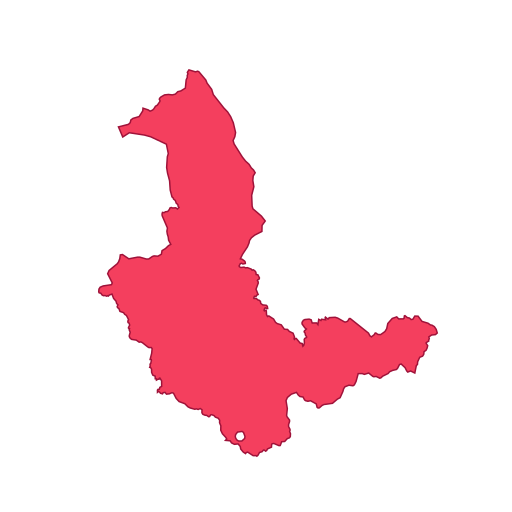 Bambesa, Orientale, Democratic Republic of the Congo (Robinson projection), rotated 168°
{"feature_id": "63176286B69142293994365", "entity_name": "Bambesa", "entity_type": "district", "adm_level": 2, "iso_a3": "COD", "parent_name": "Democratic Republic of the Congo", "parent_adm1": "Orientale", "projection": "robinson", "projection_center": [25.884, 2.972], "detail": "fine", "context": "isolated", "style": "filled", "palette": "rose", "viewbox_px": 512, "rotation_deg": 168, "n_neighbors": 0, "source": "geoboundaries", "source_scale": "gbopen_adm2", "svg_char_len": 6097}
<svg xmlns="http://www.w3.org/2000/svg" viewBox="0 0 512 512"><g transform="rotate(168 256 256)"><path d="M125.0,108.5L122.0,115.4L120.6,116.4L119.9,118.9L116.9,122.9L113.9,123.4L112.4,124.9L111.5,127.5L109.3,128.4L107.9,130.2L106.7,132.6L107.7,135.1L107.5,135.9L104.7,136.9L104.6,138.0L103.7,139.0L103.8,140.9L100.7,142.2L96.8,141.8L94.7,143.0L95.0,146.8L96.2,149.8L98.3,151.8L99.7,152.3L101.7,154.5L107.2,157.5L110.0,163.5L113.2,164.2L115.7,161.5L117.5,161.6L118.8,163.4L120.8,164.3L122.7,166.7L123.3,166.6L124.2,164.2L125.0,163.9L129.5,164.8L131.0,167.2L135.7,166.6L141.1,162.6L143.3,157.7L145.6,155.3L150.4,153.2L153.1,153.9L154.7,155.7L155.4,155.9L156.7,154.5L159.9,152.9L161.2,154.3L162.0,157.2L176.8,175.2L177.8,175.4L180.0,173.1L182.2,172.8L183.0,173.0L189.0,178.3L191.3,179.6L197.2,180.5L198.3,179.4L198.9,179.5L200.8,181.8L201.2,181.3L201.2,179.1L205.0,180.5L205.9,179.4L207.8,181.0L209.7,176.0L210.6,177.9L215.0,178.8L215.3,182.1L217.1,183.2L221.4,183.7L223.0,183.3L224.7,181.6L225.1,180.0L223.2,175.6L221.9,174.1L224.3,172.6L224.7,171.8L224.0,170.3L224.1,168.4L223.3,166.5L223.5,165.8L225.5,165.2L226.2,164.3L226.7,161.0L227.9,158.7L228.9,158.0L229.0,160.8L230.9,161.6L233.8,167.0L234.5,167.2L235.8,166.4L236.0,167.0L235.2,169.0L235.8,172.8L239.1,175.3L240.4,177.6L243.5,178.5L245.6,183.4L249.3,185.5L250.7,187.1L251.9,190.7L255.9,194.7L257.3,194.4L257.9,196.4L257.3,200.3L257.6,200.9L259.2,200.6L259.4,201.3L258.4,203.1L257.5,203.3L256.5,202.3L255.5,202.2L255.4,204.4L256.1,205.6L259.6,206.8L261.2,208.6L261.1,210.7L261.9,211.9L263.1,212.5L264.6,214.4L266.8,214.8L267.0,215.3L265.9,216.9L264.4,216.4L263.4,217.5L261.9,217.9L262.9,223.5L259.4,229.1L259.3,230.6L259.8,231.6L259.3,232.3L257.6,232.9L257.2,233.9L258.1,237.3L259.7,237.8L259.5,240.2L260.3,241.9L261.6,243.1L262.7,242.9L263.4,244.2L266.8,246.4L268.7,246.6L270.0,247.6L273.3,247.9L274.5,249.0L274.6,249.8L272.9,251.8L271.6,251.9L270.5,250.9L268.0,250.9L267.8,252.3L268.2,253.4L270.2,255.7L271.9,256.5L268.9,260.4L262.5,266.7L260.1,270.2L259.1,272.5L256.7,274.8L252.9,276.7L245.1,278.8L243.7,284.7L239.7,288.3L242.4,293.9L249.2,302.8L249.4,305.7L247.6,316.3L243.7,324.2L243.4,330.5L242.1,334.8L239.5,337.6L240.5,340.6L242.3,343.2L243.7,347.1L246.5,351.0L248.8,355.7L254.1,370.1L254.4,373.7L251.9,377.1L250.3,381.0L250.5,391.1L251.8,397.5L253.8,402.8L256.7,407.5L264.2,422.7L264.7,428.2L267.9,435.2L268.5,438.6L273.5,448.0L274.6,448.9L276.9,448.7L282.9,452.0L285.0,449.9L284.7,448.4L285.8,446.7L286.0,445.1L287.7,442.8L290.2,434.9L295.2,433.1L298.3,433.0L301.2,431.1L304.4,431.0L308.0,432.2L312.0,432.6L316.0,431.3L317.5,430.3L318.0,429.4L317.6,428.0L317.9,427.1L321.1,424.1L323.2,423.4L325.3,421.2L326.9,420.2L329.5,419.7L331.0,421.3L335.8,424.1L336.6,421.5L341.3,416.7L347.7,416.2L350.1,415.1L351.3,412.6L353.4,411.3L363.7,410.9L361.6,400.1L354.3,402.9L340.0,397.5L334.2,394.5L320.4,384.0L320.5,374.4L322.1,371.5L325.0,361.2L325.3,355.6L324.9,347.5L326.2,338.3L325.9,331.3L324.9,329.9L324.8,328.8L323.4,327.1L323.0,324.1L321.8,322.7L321.8,320.7L321.2,319.5L323.1,318.3L324.4,319.8L327.6,320.3L328.9,321.1L330.3,320.8L330.9,319.7L333.1,317.9L335.4,318.1L336.9,317.5L338.4,318.1L339.2,316.6L339.4,314.9L336.8,301.8L338.0,298.8L338.2,295.9L337.9,293.0L338.2,289.6L336.9,285.1L339.5,284.3L343.0,282.1L346.8,280.8L348.2,277.4L352.0,276.2L355.7,277.3L357.4,277.1L361.6,275.4L363.8,275.8L369.8,279.0L372.2,279.5L381.0,279.7L386.3,285.2L388.5,285.3L389.8,281.7L391.7,278.8L393.3,277.3L402.7,272.4L404.8,269.5L402.2,259.6L403.3,258.0L411.7,258.5L414.9,257.9L416.5,256.3L417.3,253.6L417.1,252.6L415.5,251.8L414.7,249.9L413.5,248.9L411.9,248.7L410.3,247.7L409.2,248.0L408.7,247.5L407.6,248.3L404.8,248.7L404.1,244.1L402.3,240.9L402.2,238.6L401.2,236.9L402.3,235.4L402.2,234.4L401.0,232.9L400.6,230.1L397.3,228.1L396.6,226.3L395.1,224.8L393.9,220.4L394.9,218.9L395.0,217.5L394.1,216.7L393.9,214.7L395.6,212.6L395.7,211.9L394.8,211.2L395.4,210.2L394.9,207.6L396.5,204.5L396.7,203.4L396.1,201.6L395.0,200.3L390.6,198.6L388.2,196.0L386.5,195.9L385.2,194.9L380.8,189.6L379.8,188.7L377.4,188.2L376.9,186.9L378.3,182.5L381.1,176.8L380.0,176.5L380.0,175.7L381.3,172.8L382.1,172.3L382.4,170.4L383.1,169.2L382.4,169.0L381.7,167.1L382.3,163.8L381.7,160.9L379.6,159.4L380.1,156.9L379.1,156.6L379.2,155.3L377.4,155.9L376.5,155.6L375.9,156.6L375.4,156.6L374.3,153.5L375.4,148.1L377.4,147.5L378.2,145.8L379.7,145.9L380.3,145.3L380.7,143.2L379.6,143.8L378.5,142.8L378.0,141.6L376.1,140.6L375.3,141.6L373.3,141.5L372.3,139.5L369.3,139.2L366.6,139.8L365.2,138.9L363.7,133.3L361.5,129.6L356.3,126.3L353.9,122.6L351.9,121.0L347.7,118.8L346.1,118.9L344.5,117.9L342.3,118.4L340.8,116.8L341.5,113.9L340.9,112.2L338.9,110.8L337.4,110.4L335.7,108.6L334.8,108.6L333.4,110.0L332.3,110.0L330.1,108.5L329.3,106.9L326.7,105.2L325.7,102.9L326.3,100.5L325.7,97.2L326.7,92.9L325.8,89.1L323.3,84.9L322.7,83.1L324.2,82.0L319.7,80.6L318.8,78.3L316.3,76.3L312.6,75.9L311.0,73.0L311.1,70.4L309.2,66.8L307.3,64.9L306.4,65.8L304.9,65.9L300.3,61.3L297.4,60.7L296.8,60.0L295.6,60.6L293.4,63.1L290.8,63.3L289.1,64.6L288.2,64.4L287.2,63.1L286.0,63.5L284.9,64.9L280.6,65.8L279.9,68.4L279.3,69.0L277.5,68.9L272.9,65.7L271.7,65.6L269.5,69.0L266.5,68.6L263.3,70.9L261.1,71.2L260.0,72.2L259.2,75.0L259.6,77.4L258.9,78.5L258.8,79.5L259.6,82.3L259.2,84.3L257.6,87.1L257.3,88.5L259.1,92.4L259.2,93.7L257.1,100.2L256.7,108.3L254.7,111.1L250.2,113.5L244.8,114.2L243.5,111.1L242.2,109.4L239.3,108.3L238.4,105.1L237.5,104.1L235.4,103.1L232.8,103.1L227.8,98.8L227.7,95.3L226.9,94.4L225.6,94.3L222.4,96.1L220.4,96.6L211.8,96.0L206.1,99.1L203.2,99.9L199.2,105.4L197.9,107.9L196.2,109.6L192.0,110.3L188.1,108.9L186.6,109.5L184.2,112.5L180.5,119.7L176.5,118.9L174.6,117.7L170.1,118.1L166.8,114.0L165.9,113.4L163.5,113.2L160.3,110.7L159.0,110.9L157.1,112.1L151.2,113.6L149.4,115.0L146.1,115.7L142.2,115.8L140.9,116.7L138.2,120.0L136.5,120.2L133.4,115.8L132.5,112.3L131.7,110.9L128.7,111.4L125.0,108.5ZM306.1,87.3L304.9,86.0L304.3,81.8L305.0,79.9L308.3,78.0L311.6,78.7L312.9,80.0L313.7,81.8L313.8,83.7L313.1,85.5L310.7,87.6L306.1,87.3Z" fill="#f43f5e" stroke="#9f1239" stroke-width="1.5"/></g></svg>